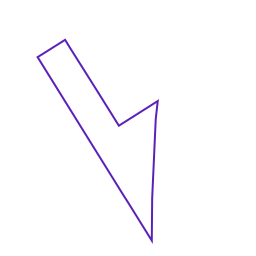 Bir Moghrein, Tiris Zemmour, Mauritania (Mercator projection), rotated 58°
{"feature_id": "47542326B49457561972338", "entity_name": "Bir Moghrein", "entity_type": "district", "adm_level": 2, "iso_a3": "MRT", "parent_name": "Mauritania", "parent_adm1": "Tiris Zemmour", "projection": "mercator", "projection_center": [-8.377, 26.182], "detail": "fine", "context": "isolated", "style": "outline", "palette": "violet", "viewbox_px": 256, "rotation_deg": 58, "n_neighbors": 0, "source": "geoboundaries", "source_scale": "gbopen_adm2", "svg_char_len": 315}
<svg xmlns="http://www.w3.org/2000/svg" viewBox="0 0 256 256"><g transform="rotate(58 128 128)"><path d="M183.8,167.5L190.4,167.4L236.1,167.5L200.5,144.8L166.7,121.5L135.2,99.8L120.9,88.5L121.2,134.5L80.0,134.5L27.8,134.7L19.9,134.6L20.0,167.1L183.8,167.5Z" fill="none" stroke="#5b21b6" stroke-width="2"/></g></svg>